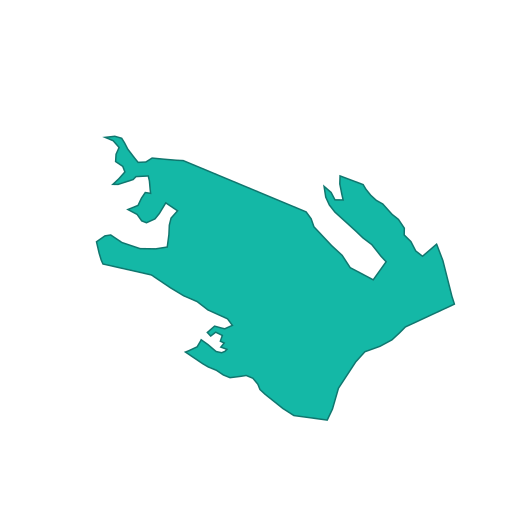 outline of Saha-gu, Busan, South Korea, rotated 124°
{"feature_id": "91817680B15590775835688", "entity_name": "Saha-gu", "entity_type": "district", "adm_level": 2, "iso_a3": "KOR", "parent_name": "South Korea", "parent_adm1": "Busan", "projection": "equal_earth", "projection_center": [128.975, 35.079], "detail": "fine", "context": "isolated", "style": "filled", "palette": "teal", "viewbox_px": 512, "rotation_deg": 124, "n_neighbors": 0, "source": "geoboundaries", "source_scale": "gbopen_adm2", "svg_char_len": 1962}
<svg xmlns="http://www.w3.org/2000/svg" viewBox="0 0 512 512"><g transform="rotate(124 256 256)"><path d="M356.1,254.6L357.6,254.4L364.2,254.0L372.2,258.8L375.1,260.8L375.1,251.7L375.1,239.9L374.7,233.5L372.9,224.9L372.9,216.6L371.4,209.5L364.5,201.6L360.5,197.3L359.1,190.2L361.3,182.7L364.5,178.0L365.6,170.9L367.4,148.4L367.1,135.4L352.2,105.2L340.2,107.0L319.5,113.7L287.9,114.1L274.5,112.2L261.5,102.7L249.5,96.4L239.3,94.0L231.3,92.5L217.2,84.0L185.8,65.1L185.0,64.6L184.7,64.9L179.9,71.0L155.3,98.5L145.3,112.7L145.2,112.9L163.1,117.8L162.5,126.4L157.4,135.7L155.7,144.9L150.0,148.6L146.0,158.4L145.4,166.4L142.0,180.0L142.6,187.4L141.5,194.8L139.2,202.2L136.9,207.1L142.6,231.1L149.4,226.8L156.8,219.4L160.8,215.1L165.3,221.9L161.3,229.3L160.2,238.5L168.2,231.1L172.7,223.7L175.5,215.1L178.4,194.8L179.5,187.4L181.2,177.5L181.8,166.4L184.1,159.1L186.3,152.3L188.0,144.9L210.2,145.5L213.0,171.4L207.3,184.9L205.1,199.1L202.2,212.0L199.4,224.3L194.3,231.1L191.4,239.1L217.6,369.7L221.0,375.3L227.2,386.4L232.9,396.9L239.7,399.9L244.3,406.1L242.6,411.7L239.1,422.1L235.7,428.3L233.5,433.2L235.7,440.0L242.0,447.4L240.3,438.8L242.6,430.2L249.9,428.9L256.2,425.2L256.2,416.6L259.6,411.7L268.7,412.9L276.6,414.7L273.8,410.4L261.3,400.6L257.3,399.9L249.9,390.1L253.3,386.4L260.2,380.8L263.0,378.4L265.3,383.3L272.1,383.3L280.0,382.1L289.1,388.2L288.0,377.8L290.8,370.4L289.7,365.4L281.7,360.5L274.9,359.9L262.4,360.5L262.4,346.3L272.1,347.6L278.9,345.1L286.9,340.2L298.2,334.6L306.2,343.2L314.7,356.2L319.8,374.7L319.8,381.5L319.8,388.2L323.8,392.5L333.4,396.2L341.4,387.6L345.9,382.1L348.2,378.4L330.2,332.1L330.2,309.0L329.4,293.6L326.7,279.2L327.6,265.7L325.8,255.1L324.0,244.5L326.7,236.8L333.8,241.2L334.9,244.0L337.3,251.1L346.6,253.6L347.7,248.8L341.7,246.8L340.7,239.5L346.6,237.9L345.9,233.7L351.2,234.2L349.6,227.9L352.4,228.4L355.4,230.4L356.6,233.4L357.5,235.7L356.3,246.3L356.1,254.6Z" fill="#14b8a6" stroke="#0f766e" stroke-width="1.5"/></g></svg>